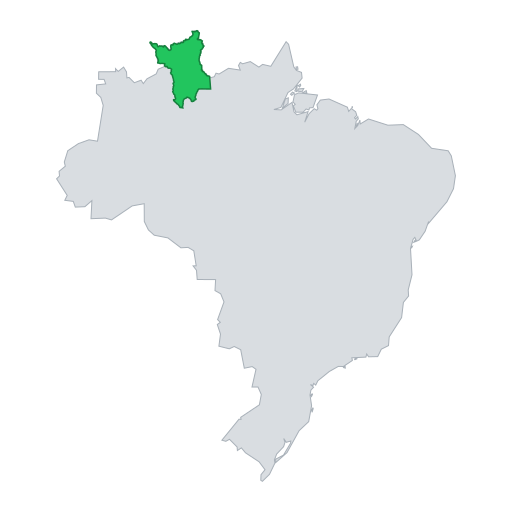 Roraima highlighted on a map of Brazil
{"feature_id": "BRA-670", "entity_name": "Roraima", "entity_type": "State", "adm_level": 1, "iso_a3": "BRA", "parent_name": "Brazil", "parent_adm1": "", "projection": "robinson", "projection_center": [-61.438, 1.924], "detail": "fine", "context": "in_parent", "style": "filled", "palette": "green", "viewbox_px": 512, "rotation_deg": 0, "n_neighbors": 0, "source": "natural_earth", "source_scale": "10m", "svg_char_len": 8912}
<svg xmlns="http://www.w3.org/2000/svg" viewBox="0 0 512 512"><path d="M129.0,77.4L134.3,82.7L141.1,80.2L143.3,83.6L147.0,78.8L156.2,73.9L158.2,69.2L164.1,66.7L164.5,63.7L157.8,62.7L156.1,50.1L150.3,42.2L158.1,46.2L165.1,46.0L170.0,50.1L171.4,45.1L188.9,39.2L192.7,35.0L192.4,31.3L197.6,31.0L199.2,32.8L197.6,39.2L202.1,41.0L203.7,46.1L200.6,50.1L199.1,60.5L202.5,71.4L210.7,77.7L214.3,76.7L216.0,73.2L219.1,74.0L228.5,68.3L240.3,70.1L238.5,65.5L240.3,62.4L242.6,63.8L250.3,61.6L258.9,67.1L262.6,64.4L270.8,66.3L286.1,41.7L288.6,44.3L293.8,66.9L296.4,70.4L301.5,72.4L302.1,78.1L293.4,89.0L288.0,92.5L280.9,107.4L273.9,109.5L281.2,109.9L292.0,102.4L294.0,111.9L296.9,114.8L308.1,111.6L304.7,122.2L309.1,113.7L314.2,108.7L316.7,110.2L317.9,108.7L316.9,104.8L320.3,100.1L329.0,99.0L347.4,107.2L348.7,111.4L351.3,108.5L355.6,111.7L356.8,115.3L354.5,117.7L355.5,119.0L357.8,116.6L358.3,118.9L356.2,121.3L354.8,128.6L357.7,125.6L359.9,120.1L360.2,124.0L368.5,119.0L387.9,125.2L403.3,124.6L418.5,134.5L431.6,148.3L448.2,150.8L451.3,155.9L455.4,175.7L453.5,188.7L446.9,201.8L428.6,223.3L428.6,221.5L425.1,231.3L419.3,239.9L416.6,241.2L414.8,237.4L413.1,239.3L410.5,248.5L412.0,274.8L408.2,290.0L408.6,296.0L403.4,302.4L401.6,317.6L389.2,336.9L388.5,345.6L381.3,349.2L377.7,356.6L368.6,356.8L366.7,354.0L365.9,357.1L351.8,357.8L352.4,360.4L343.4,366.5L338.3,366.4L329.3,371.5L317.9,380.7L315.7,385.1L313.7,383.4L313.0,385.4L310.4,384.6L313.6,387.2L310.9,390.1L310.0,395.0L311.6,405.7L308.7,421.6L299.1,430.7L287.0,452.6L275.8,462.5L275.6,459.2L283.5,455.1L290.6,443.1L290.8,441.0L286.3,442.3L283.7,438.5L285.0,442.3L283.6,446.7L276.7,454.0L274.4,459.8L274.9,463.1L269.5,474.3L262.4,481.3L260.8,480.3L261.0,474.7L265.0,469.7L259.1,461.8L245.5,452.8L241.4,447.9L237.4,450.5L237.1,447.0L229.5,439.3L225.8,441.3L221.9,440.2L239.0,419.2L241.0,419.4L240.7,417.3L259.4,404.8L261.3,394.5L258.0,387.0L252.0,387.0L256.0,369.3L252.2,366.6L244.3,368.2L240.7,349.7L234.2,346.5L229.3,348.8L218.9,346.2L220.5,334.1L217.3,324.5L220.3,322.3L217.6,319.6L224.0,301.9L220.7,293.8L215.0,290.6L215.6,279.6L197.2,279.5L196.5,270.3L193.1,265.9L196.2,265.8L193.8,250.8L188.1,247.4L180.9,247.8L167.9,237.9L154.2,235.2L148.4,229.9L144.3,221.5L144.2,203.7L132.2,205.9L111.5,219.9L105.4,218.1L91.0,218.7L91.9,200.6L84.9,206.7L75.3,207.1L73.3,201.4L64.8,200.3L67.2,195.4L56.6,178.8L59.5,176.0L59.1,171.3L65.3,166.2L64.3,162.0L67.8,150.7L78.4,143.6L89.0,139.8L97.5,141.2L103.2,105.4L100.8,97.4L96.4,93.2L96.5,84.9L105.7,83.9L104.1,79.4L98.6,79.3L98.7,71.8L115.7,71.7L115.5,68.6L118.2,71.4L123.6,67.1L126.5,71.9L126.9,77.9L129.0,77.4ZM298.6,92.9L317.5,95.0L313.0,107.6L309.5,107.9L308.9,110.0L306.1,109.0L303.1,112.2L295.9,112.2L293.3,105.9L295.2,104.3L293.0,102.0L294.5,94.7L298.6,92.9ZM282.4,108.1L285.3,99.1L288.3,97.8L288.1,103.4L282.4,108.1ZM303.8,88.5L302.0,91.8L297.7,91.1L298.3,88.9L303.8,88.5ZM297.3,84.7L296.6,91.6L294.8,90.9L297.3,84.7ZM306.8,92.9L304.1,93.2L302.9,92.6L306.2,90.6L306.8,92.9ZM294.5,93.1L291.7,95.3L290.5,94.2L292.5,92.1L294.5,93.1ZM299.6,87.0L298.2,85.6L300.5,84.2L300.7,85.5L299.6,87.0ZM298.0,69.2L296.4,69.5L296.0,67.0L297.6,66.8L298.0,69.2ZM312.1,412.3L311.6,410.0L312.9,408.0L313.2,408.6L312.1,412.3ZM345.0,365.6L345.3,368.1L343.5,367.6L345.0,365.6ZM311.5,396.5L310.8,395.2L312.1,393.8L312.5,394.4L311.5,396.5ZM357.3,124.0L356.1,126.6L357.3,122.9L357.3,124.0ZM415.6,241.6L413.7,242.3L415.0,240.3L415.6,241.6ZM356.9,358.8L354.9,359.7L354.5,359.2L355.7,358.1L356.9,358.8ZM412.4,246.3L411.7,247.8L411.2,246.9L412.4,246.3ZM352.3,106.2L352.4,107.6L351.9,107.4L352.3,106.2Z" fill="#d9dde1" stroke="#a8b0b8" stroke-width="1"/><path d="M196.9,30.7L197.0,30.8L197.1,31.0L197.3,31.2L197.7,31.0L198.1,32.0L198.3,32.2L199.2,32.8L199.3,33.1L199.1,33.8L199.1,34.3L198.9,35.1L198.9,35.7L198.7,36.3L198.7,37.0L198.6,37.4L198.3,37.8L198.2,38.3L198.0,38.5L197.7,38.5L197.4,38.8L197.4,39.0L197.4,39.3L197.6,39.4L197.8,39.6L198.0,39.5L198.1,39.3L198.3,39.4L198.4,39.6L198.5,39.7L198.9,39.6L199.2,39.7L199.3,39.5L199.6,39.5L199.9,39.9L200.4,39.8L200.5,40.0L200.8,40.1L201.0,40.0L201.7,40.6L202.0,40.9L202.3,41.0L202.2,41.4L201.9,41.8L201.7,42.0L201.9,42.3L201.8,42.6L201.7,43.0L201.9,43.3L202.0,43.5L202.5,43.6L202.7,43.8L202.7,44.0L202.5,44.4L202.6,44.6L203.0,45.0L203.2,45.4L203.2,45.7L203.8,45.8L203.9,46.1L203.5,46.3L203.3,46.5L203.1,47.0L203.2,47.5L203.0,47.8L202.6,48.0L202.4,48.2L202.3,48.5L202.3,48.8L202.0,49.1L201.6,49.5L200.7,49.9L200.5,50.2L200.5,50.5L200.8,51.0L200.9,51.3L200.7,52.0L200.9,51.9L200.8,52.5L200.9,52.8L200.7,52.9L200.6,53.3L200.3,53.9L200.1,54.4L199.9,54.7L199.9,54.8L200.1,55.1L199.9,55.2L200.0,55.4L199.8,55.6L199.4,56.4L199.4,56.7L199.4,57.6L199.1,58.6L199.1,60.4L199.1,60.7L199.4,61.4L199.4,61.6L199.6,61.7L199.7,62.0L199.7,62.4L200.0,63.2L200.1,63.8L200.0,64.1L200.1,64.3L200.7,64.7L201.1,65.1L201.5,65.1L201.7,65.4L201.7,66.7L201.8,67.1L201.6,67.6L201.8,68.1L201.7,68.5L201.7,68.9L201.5,69.4L201.5,69.8L201.5,70.0L202.1,70.1L202.5,70.3L202.3,71.2L202.3,71.3L202.6,71.5L202.8,71.7L203.1,71.7L203.4,71.6L203.7,71.7L203.9,71.9L204.2,72.4L204.3,72.7L204.7,73.1L205.0,73.6L205.3,73.7L205.4,74.0L205.5,74.0L205.8,73.9L206.0,74.1L206.0,74.5L206.3,74.8L206.5,75.3L206.6,75.5L207.5,75.9L209.2,76.2L209.6,76.4L210.6,89.0L201.4,88.9L198.8,89.0L198.6,89.1L198.5,89.4L198.4,89.6L197.9,90.0L197.7,90.2L197.7,90.7L197.4,91.5L196.9,92.0L196.6,92.7L196.5,93.3L195.9,94.2L195.9,95.1L195.2,96.9L195.1,97.4L195.1,97.6L195.3,98.0L195.9,98.8L196.0,99.2L195.9,99.5L195.6,99.7L195.3,99.8L194.2,100.2L194.0,100.7L193.9,101.0L193.7,101.2L193.0,101.2L192.6,101.5L191.6,101.4L191.4,101.2L191.3,100.7L191.2,100.5L191.1,100.2L190.9,99.6L190.3,98.9L189.8,98.5L189.6,98.0L189.3,97.9L188.8,97.8L188.3,97.7L187.9,97.3L187.7,97.2L186.7,97.3L186.5,97.8L186.3,98.0L185.4,98.4L184.9,98.5L184.1,99.0L183.9,99.5L183.5,100.0L183.3,100.4L183.3,101.2L183.0,102.1L183.0,102.5L183.2,103.5L183.0,104.1L183.0,104.8L182.5,106.4L182.8,107.9L182.4,107.8L181.6,107.7L181.3,107.4L181.1,107.3L180.5,107.6L180.2,107.6L179.9,107.4L179.3,105.9L178.9,105.6L178.4,104.8L177.9,104.4L177.3,103.9L176.7,103.7L176.2,102.9L175.5,102.4L174.8,101.7L174.4,101.1L174.2,101.0L173.7,100.7L173.6,99.7L173.8,99.6L174.3,99.7L174.5,99.9L174.8,99.8L175.0,99.5L175.3,99.2L175.5,99.0L175.6,98.6L175.4,97.6L175.3,97.3L175.0,97.1L174.9,96.8L174.9,95.8L174.8,95.1L174.4,94.5L174.0,94.3L173.8,94.1L173.6,93.7L173.4,92.8L172.9,92.1L172.7,91.7L172.8,91.4L173.0,91.3L173.1,91.1L173.3,90.5L173.3,90.2L172.9,89.5L172.9,88.7L173.3,87.8L173.3,87.6L173.2,87.0L173.2,86.7L173.6,86.2L173.8,85.6L173.2,83.7L173.1,83.3L173.2,83.1L173.8,82.7L174.1,82.3L174.0,81.7L173.5,80.4L173.4,79.3L173.4,79.1L173.1,78.3L173.0,77.9L172.4,75.8L172.4,75.4L172.3,75.2L172.1,74.9L171.6,74.5L171.3,74.3L170.7,73.0L170.6,72.9L170.9,72.4L171.0,72.0L171.4,71.6L171.2,70.5L171.3,70.3L171.6,69.6L171.6,69.2L171.4,69.0L170.9,68.8L170.0,68.2L169.6,68.2L169.1,68.2L168.6,68.2L168.2,68.1L167.8,67.8L167.2,67.1L167.2,66.8L167.2,66.6L167.0,66.4L166.6,66.4L166.0,66.6L165.8,66.7L165.4,66.6L165.1,66.4L164.6,65.7L164.7,65.2L164.7,64.4L164.8,63.8L164.8,63.7L164.6,63.6L163.3,63.6L162.6,63.4L161.3,63.4L160.7,63.5L160.0,63.5L158.8,63.1L158.2,63.0L157.8,63.0L157.7,62.8L157.7,62.6L157.8,62.3L158.2,61.5L158.3,60.2L158.2,59.9L158.0,59.2L157.2,57.5L156.9,57.1L156.5,56.3L156.2,55.9L156.0,55.5L156.0,55.0L156.1,54.0L156.1,53.5L155.8,52.1L155.8,51.8L156.2,51.2L156.3,51.0L156.3,50.3L156.2,50.0L155.6,49.4L155.0,48.5L153.9,47.9L152.9,47.0L152.5,46.3L151.8,45.7L151.6,45.4L151.1,44.4L150.9,43.7L150.2,43.2L150.0,42.9L150.0,42.4L150.1,42.2L150.3,42.1L150.7,42.0L151.2,42.3L151.6,42.7L151.8,43.1L152.0,43.7L152.1,43.9L152.3,44.0L154.6,43.6L155.9,43.7L156.6,43.9L156.8,44.1L157.0,44.3L157.3,45.1L157.5,45.9L157.7,46.4L157.9,46.7L158.4,46.7L159.6,45.9L160.0,45.9L160.6,46.2L161.7,46.0L162.2,46.1L162.9,46.8L163.3,47.0L163.7,46.9L163.9,46.5L163.9,46.1L164.2,45.7L164.5,45.7L164.9,45.8L165.6,46.3L165.9,46.7L166.5,47.6L167.2,48.1L168.5,50.0L169.0,50.3L169.6,50.4L169.8,50.4L170.3,50.0L170.6,50.0L170.7,49.9L171.1,49.3L171.2,48.8L171.2,48.3L171.1,47.9L170.9,47.4L170.8,47.1L170.7,46.8L170.7,46.5L170.9,45.8L170.8,45.3L170.9,45.1L171.3,44.9L171.9,44.9L172.7,45.0L173.0,44.9L173.1,44.5L173.1,44.0L173.2,43.9L173.8,43.7L174.0,43.3L174.3,43.2L174.8,43.4L176.7,44.3L177.1,44.3L177.6,44.1L178.3,43.5L178.8,43.4L179.4,43.7L179.8,43.6L180.4,43.3L180.9,42.7L181.2,42.5L181.6,42.4L182.0,42.4L182.4,42.6L182.8,42.4L183.1,42.5L183.3,42.4L183.5,42.2L183.6,41.9L183.6,41.0L183.8,40.7L184.2,40.5L185.0,40.5L185.5,40.5L185.7,40.4L185.9,40.2L185.9,39.9L185.6,39.5L185.7,39.3L185.9,39.3L186.5,39.4L187.2,39.7L187.9,39.5L188.8,39.4L189.1,39.2L189.4,38.7L189.6,38.0L190.0,37.2L190.3,37.1L191.3,36.6L191.8,36.3L192.1,35.9L192.8,35.0L193.0,34.4L193.0,33.8L192.3,31.8L192.1,31.6L191.5,31.5L192.0,31.4L192.8,31.4L193.3,31.6L194.0,31.5L194.4,31.8L194.5,31.8L194.8,31.4L195.0,31.4L195.5,31.6L196.3,30.9L196.9,30.7Z" fill="#22c55e" stroke="#15803d" stroke-width="1.5"/></svg>